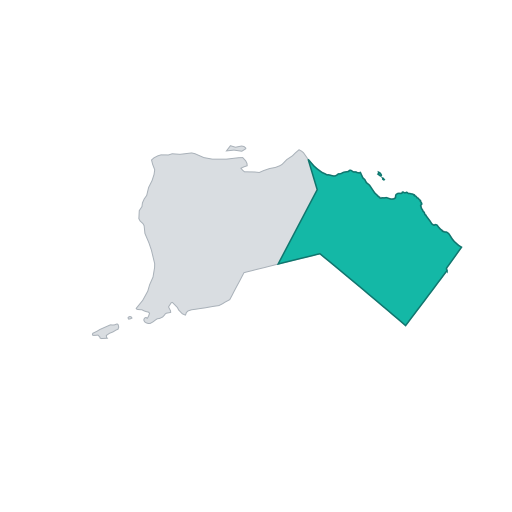 Dhofar on a map of Oman (Albers equal-area conic projection), rotated 239°
{"feature_id": "OMN-2411", "entity_name": "Dhofar", "entity_type": "Province", "adm_level": 1, "iso_a3": "OMN", "parent_name": "Oman", "parent_adm1": "", "projection": "albers", "projection_center": [54.841, 18.87], "detail": "fine", "context": "in_parent", "style": "filled", "palette": "teal", "viewbox_px": 512, "rotation_deg": 239, "n_neighbors": 0, "source": "natural_earth", "source_scale": "10m", "svg_char_len": 6195}
<svg xmlns="http://www.w3.org/2000/svg" viewBox="0 0 512 512"><g transform="rotate(239 256 256)"><path d="M157.5,436.5L155.4,431.5L153.3,426.6L151.2,421.7L149.0,416.7L147.6,413.3L145.0,412.0L143.5,408.4L142.0,404.6L140.5,400.9L139.0,397.1L137.4,393.4L135.9,389.6L134.4,385.9L132.9,382.2L131.4,378.4L129.9,374.7L128.3,370.9L126.8,367.2L125.3,363.4L123.8,359.7L122.3,355.9L120.8,352.2L119.3,348.4L124.3,346.7L130.4,344.7L136.5,342.6L142.6,340.6L148.6,338.5L154.7,336.4L160.8,334.4L166.9,332.3L172.9,330.2L179.0,328.1L185.0,326.0L191.1,323.9L197.1,321.8L203.2,319.7L209.2,317.5L215.2,315.4L221.3,313.3L225.0,311.9L226.5,307.0L227.8,302.8L229.1,298.7L230.4,294.6L231.6,290.5L232.9,286.3L234.2,282.2L235.4,278.1L236.7,273.9L238.0,269.8L239.2,265.7L240.5,261.5L241.7,257.4L243.0,253.3L244.3,249.2L245.5,245.0L246.8,240.9L247.9,237.1L245.7,233.5L242.7,228.6L239.7,223.5L236.8,218.7L234.6,215.2L232.1,211.0L232.4,205.6L232.3,202.9L232.6,198.7L235.0,193.0L237.8,185.6L239.9,180.7L241.6,176.5L243.1,173.1L243.9,169.5L243.4,167.1L242.5,166.2L241.7,165.0L244.4,163.1L249.5,161.9L252.3,162.1L256.2,161.2L259.3,160.4L259.6,159.3L258.7,157.4L257.4,154.8L253.0,154.5L251.6,153.8L253.1,149.8L253.1,148.5L252.5,147.0L251.8,144.6L252.1,141.3L253.0,139.2L253.0,137.4L252.6,133.8L252.7,130.6L253.6,128.9L255.2,127.5L256.8,126.7L258.4,126.7L259.6,127.4L260.2,129.0L259.9,130.2L258.9,130.4L258.6,130.9L259.9,133.1L261.8,135.3L263.3,134.9L264.9,133.2L266.6,131.8L268.7,130.5L270.3,128.1L271.6,126.5L272.8,126.3L276.3,136.0L281.6,145.1L286.2,150.1L291.0,156.9L298.3,163.1L301.6,165.2L315.0,169.4L322.4,171.0L332.5,172.4L339.6,175.7L341.9,175.8L345.6,174.7L348.3,174.8L355.0,179.3L357.1,183.7L360.0,186.0L362.5,189.6L364.2,193.5L370.0,199.2L374.2,205.8L378.4,210.6L382.1,213.6L387.7,214.6L392.1,215.9L392.7,219.2L392.4,223.5L391.6,226.7L387.7,233.0L386.8,236.8L382.3,243.2L377.5,253.9L375.2,256.3L367.2,262.0L361.3,268.7L354.4,280.2L349.2,291.7L347.2,295.3L342.8,296.2L339.9,295.9L337.9,294.9L338.6,291.8L339.0,288.3L336.4,288.7L334.1,289.5L328.8,298.0L325.9,301.8L325.3,306.5L324.0,312.6L321.9,318.3L321.1,323.0L321.1,325.6L322.8,332.1L323.1,338.8L324.1,342.8L324.9,347.6L322.3,349.1L320.1,349.9L311.4,350.5L302.6,352.2L294.9,355.1L290.3,357.9L284.3,364.1L280.8,379.9L274.9,386.6L270.9,388.0L261.2,388.7L247.6,390.6L242.9,392.2L234.9,401.8L234.3,404.8L235.9,407.0L236.4,409.4L235.7,411.7L232.1,417.8L228.2,422.2L217.8,425.0L213.9,423.3L210.4,422.5L203.7,422.4L192.7,423.4L188.6,426.7L182.2,428.9L176.3,432.5L165.1,433.7L157.5,436.5ZM269.5,101.4L268.9,102.3L267.9,102.4L265.7,101.7L264.3,100.0L264.6,97.9L264.6,94.2L265.2,90.6L265.0,86.8L263.3,86.0L262.1,86.2L264.9,80.9L266.0,80.1L267.0,80.4L269.6,79.8L271.0,76.9L272.0,75.3L273.2,75.5L273.8,76.4L273.4,80.8L273.4,84.5L272.0,95.7L270.6,97.7L269.8,99.3L269.5,101.4ZM356.0,302.1L353.8,302.8L353.2,302.5L353.1,297.8L358.1,291.7L361.3,284.8L363.7,290.9L359.8,294.4L357.7,300.3L356.0,302.1ZM269.1,116.8L267.7,117.8L266.7,117.7L266.9,115.7L267.5,114.3L268.9,114.4L269.3,115.2L269.1,116.8Z" fill="#d9dde1" stroke="#a8b0b8" stroke-width="1"/><path d="M119.6,349.0L119.3,348.4L123.3,347.1L129.4,345.1L135.4,343.0L141.5,341.0L147.5,338.9L153.5,336.9L159.6,334.8L165.6,332.7L171.7,330.7L177.7,328.6L183.7,326.5L189.7,324.4L195.7,322.3L201.8,320.2L207.8,318.1L213.8,316.0L219.8,313.8L225.0,312.0L226.2,308.4L226.4,307.6L227.0,305.5L228.0,302.3L229.3,298.1L230.9,293.1L232.6,287.6L234.4,281.7L236.3,275.6L237.7,270.9L238.2,271.6L281.3,342.6L312.0,350.5L303.7,351.9L299.3,353.2L293.4,355.7L291.1,357.4L289.6,358.2L288.8,358.8L288.5,359.6L288.2,360.0L284.5,363.8L283.8,365.2L283.7,367.0L283.9,368.2L284.0,368.6L283.9,369.1L283.4,369.8L283.2,370.4L282.9,371.2L282.8,371.6L282.8,373.1L282.5,374.7L280.7,379.0L281.2,379.7L281.2,380.5L280.7,381.3L280.0,381.8L278.4,382.5L277.7,383.0L276.6,384.9L276.4,385.1L275.9,385.3L275.6,385.4L274.0,387.3L273.9,387.6L274.0,388.4L273.6,388.5L268.0,387.8L267.3,387.9L266.2,388.4L265.4,388.6L262.4,388.4L261.7,388.5L259.4,389.4L258.1,389.8L249.0,390.2L245.5,391.2L244.7,391.2L244.4,391.3L244.2,391.5L243.8,391.8L243.2,391.8L242.0,392.1L241.7,392.3L241.2,392.9L240.7,394.4L240.3,395.0L239.8,395.6L239.7,395.9L239.1,397.4L239.0,397.7L238.5,398.2L235.2,401.0L234.2,402.8L234.0,403.6L233.9,404.4L234.0,405.4L234.4,405.9L235.6,406.6L236.3,407.3L236.6,408.1L236.6,409.8L236.3,410.5L234.9,412.5L234.8,412.8L234.8,413.4L234.8,413.8L235.0,414.0L235.3,414.2L235.3,414.4L235.2,414.9L235.0,415.1L234.0,415.6L233.7,415.8L233.5,416.1L233.3,416.4L233.2,417.1L232.8,417.7L233.0,417.9L232.6,418.3L231.5,418.6L231.0,418.9L230.8,419.2L230.6,419.7L230.3,420.2L229.9,420.4L228.4,422.1L226.8,423.3L226.6,423.3L226.3,422.7L225.9,422.9L225.4,423.5L225.0,423.8L224.5,423.9L223.9,424.0L223.4,424.1L222.9,424.0L222.4,424.6L221.7,424.8L220.2,425.0L219.1,425.5L218.5,425.5L218.1,425.0L217.7,425.2L217.0,425.1L216.6,425.3L215.4,424.5L215.1,424.8L214.8,424.1L214.7,423.4L214.3,422.9L212.8,422.7L211.8,422.3L211.3,422.2L210.9,422.3L210.2,422.4L209.8,422.5L208.5,422.2L208.0,422.2L207.7,422.3L206.9,422.7L206.7,422.7L205.0,422.2L204.1,422.2L203.4,422.7L203.1,422.5L202.7,422.5L196.1,423.2L193.3,423.2L192.6,423.4L191.1,424.1L190.7,424.4L190.5,424.8L190.6,425.1L190.6,425.3L190.7,425.6L190.6,425.9L190.0,426.4L189.9,426.6L189.5,427.0L188.6,427.2L187.0,427.3L184.9,427.7L184.2,427.8L183.5,428.0L182.8,428.4L182.0,428.7L181.4,428.5L180.7,428.9L179.8,429.7L179.0,430.5L178.7,431.2L178.4,431.6L177.7,432.0L176.5,432.5L175.3,432.8L169.6,432.9L166.6,433.3L160.7,435.1L157.7,436.7L155.5,431.6L153.3,426.6L151.1,421.5L148.9,416.4L147.6,413.3L147.2,412.8L146.6,412.5L145.3,412.4L144.8,412.1L145.0,412.1L144.0,409.4L142.5,405.7L141.0,402.1L139.6,398.5L138.1,394.9L136.6,391.3L135.1,387.6L133.7,384.0L132.2,380.4L130.7,376.8L129.3,373.2L127.8,369.5L126.4,365.9L124.9,362.3L123.5,358.7L122.0,355.0L120.5,351.4L119.6,349.0ZM263.4,402.7L263.5,403.2L263.8,403.7L264.3,404.0L264.8,404.2L263.7,404.9L263.1,405.1L262.5,405.2L261.0,405.2L260.5,405.0L260.2,404.2L261.1,403.6L262.4,403.1L263.4,402.7ZM255.6,405.3L255.5,404.9L255.4,404.8L255.6,404.6L256.1,404.4L256.6,404.2L257.3,404.7L257.5,404.7L257.0,405.1L255.9,405.1L255.6,405.3L255.6,405.3Z" fill="#14b8a6" stroke="#0f766e" stroke-width="1.5"/></g></svg>